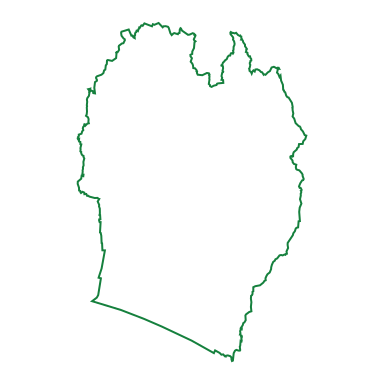 outline of Purworejo, Jawa Tengah, Indonesia
{"feature_id": "22746128B47019757463267", "entity_name": "Purworejo", "entity_type": "district", "adm_level": 2, "iso_a3": "IDN", "parent_name": "Indonesia", "parent_adm1": "Jawa Tengah", "projection": "equal_earth", "projection_center": [109.987, -7.708], "detail": "fine", "context": "isolated", "style": "outline", "palette": "green", "viewbox_px": 384, "rotation_deg": 0, "n_neighbors": 0, "source": "geoboundaries", "source_scale": "gbopen_adm2", "svg_char_len": 5771}
<svg xmlns="http://www.w3.org/2000/svg" viewBox="0 0 384 384"><path d="M92.1,301.2L121.0,310.0L144.3,319.0L161.9,326.6L191.6,340.6L213.9,353.1L215.1,350.4L219.6,352.9L221.4,354.7L223.2,354.4L225.0,356.4L225.7,356.5L225.7,355.8L227.8,355.4L230.3,356.2L231.4,357.4L231.5,359.5L232.0,361.0L232.9,360.6L233.7,353.2L235.0,350.7L236.3,349.9L238.6,350.6L239.9,350.6L240.2,350.1L239.8,346.6L240.2,345.8L240.6,340.9L241.5,341.4L241.7,340.6L241.3,338.0L241.7,337.7L241.9,336.7L241.7,336.0L241.0,336.2L240.4,334.9L240.6,334.5L240.4,333.6L240.2,333.7L240.4,333.0L240.1,331.1L240.7,329.4L241.7,329.5L241.8,328.2L240.9,327.9L242.7,325.3L243.3,323.1L244.4,322.4L245.7,320.2L245.4,315.5L246.0,314.4L249.2,312.0L251.4,311.3L250.9,306.9L251.4,302.2L250.9,298.7L251.1,295.8L252.0,295.1L252.5,294.0L252.5,291.8L253.3,291.3L253.3,287.2L255.3,286.2L260.0,285.3L263.3,282.6L264.5,280.8L265.7,280.3L265.5,278.2L266.5,275.9L267.5,274.2L269.7,272.5L271.1,269.1L271.2,267.3L271.9,264.8L273.2,261.9L274.8,260.7L275.4,259.3L277.2,258.4L279.5,255.4L281.1,255.0L282.7,255.4L284.5,254.5L285.4,254.8L285.8,254.0L286.9,253.7L286.5,251.4L288.1,248.0L287.6,244.9L287.7,242.9L292.9,235.1L293.3,233.3L294.9,231.2L295.7,228.6L296.5,227.8L298.1,227.4L298.6,221.3L299.9,221.1L299.2,211.9L299.7,207.6L301.4,203.6L300.0,199.2L300.8,195.6L300.7,193.6L301.2,192.7L301.2,191.2L300.9,190.8L301.5,190.4L301.6,189.7L300.6,187.9L299.7,187.9L299.0,186.4L300.3,183.2L302.1,180.4L303.2,180.1L303.7,179.0L302.6,175.9L302.6,174.7L302.0,173.5L299.4,170.4L296.8,169.6L296.2,169.0L295.8,167.1L296.3,164.7L293.9,163.9L292.7,162.3L292.5,160.5L290.4,157.9L290.4,156.5L291.2,156.0L292.1,156.6L292.6,155.8L293.1,156.0L293.2,153.7L293.7,152.2L296.8,149.5L297.0,148.3L298.6,147.0L299.0,144.1L302.7,143.9L303.2,141.3L305.3,139.0L306.3,135.6L304.7,135.1L302.9,131.4L301.0,129.3L300.4,127.3L299.7,126.4L298.8,126.2L295.6,123.1L294.2,118.6L292.6,116.5L293.3,113.5L292.6,110.1L292.6,108.2L292.3,107.8L292.7,107.0L291.9,102.8L288.6,97.5L287.4,97.2L286.2,95.6L285.2,92.3L284.2,91.6L284.0,90.4L283.2,89.8L282.9,84.8L281.1,80.6L280.5,75.6L279.5,77.0L278.3,74.0L277.0,72.6L277.8,69.6L278.5,68.7L279.2,68.8L278.7,67.8L277.6,67.7L276.7,68.3L273.9,66.8L271.6,67.5L269.9,71.1L267.9,72.3L265.5,74.8L263.7,74.2L263.5,74.5L262.2,72.3L261.0,72.0L259.4,70.3L257.1,69.3L255.4,69.5L254.7,71.5L253.4,70.4L252.5,71.5L251.7,73.6L251.1,72.2L249.5,70.8L249.5,69.3L249.1,68.8L249.7,67.7L250.3,64.9L249.8,63.9L249.8,62.8L250.4,61.9L250.3,61.1L251.3,60.5L251.2,58.9L250.5,58.1L250.0,56.3L248.8,56.4L247.5,54.2L247.5,52.9L245.9,52.0L246.3,51.2L246.2,49.8L246.9,49.0L245.0,46.2L245.0,44.6L243.3,42.4L242.8,40.6L242.1,39.7L241.2,39.6L241.7,38.6L241.3,38.0L241.3,36.6L240.6,36.4L240.3,35.6L239.7,35.9L238.0,35.0L236.1,32.8L234.8,33.4L232.7,32.8L232.2,33.0L230.8,32.0L230.4,32.5L230.5,34.1L233.0,37.2L233.3,38.2L233.0,39.6L234.1,41.3L234.6,43.8L234.4,45.1L233.6,46.8L233.5,49.9L233.0,50.6L233.5,52.6L232.9,53.6L232.3,53.0L230.8,53.4L230.2,55.5L229.0,55.5L227.8,56.6L226.7,59.2L224.7,60.6L224.5,61.3L223.0,62.6L222.3,64.6L221.4,65.3L221.5,65.7L222.7,65.9L222.9,66.4L223.1,68.3L222.5,70.9L223.2,71.5L223.1,72.1L222.2,72.8L221.5,76.1L222.2,77.9L221.5,79.8L223.1,80.1L223.3,82.9L218.1,83.4L217.1,83.7L216.5,85.0L213.7,85.7L211.6,86.9L210.1,86.2L209.9,84.9L208.8,84.0L209.5,79.4L209.3,78.6L209.5,76.0L209.0,75.1L209.5,74.5L208.9,73.3L206.9,73.0L202.3,75.2L197.7,74.7L196.9,72.9L197.1,71.6L196.5,71.3L196.7,70.4L195.0,68.3L193.3,68.1L193.0,65.4L192.3,63.6L190.7,61.7L191.9,58.2L190.5,56.3L190.4,54.8L192.2,54.0L192.3,51.5L194.0,48.1L194.5,42.2L195.5,41.3L194.2,40.3L193.8,39.3L195.5,35.6L195.2,34.8L194.3,34.9L194.0,33.7L192.7,33.2L189.6,34.6L188.0,34.8L182.0,30.6L181.0,28.5L180.5,28.2L179.8,29.5L179.5,33.0L178.4,33.2L177.9,34.2L174.3,33.1L173.5,33.4L171.7,35.1L170.4,33.2L168.7,27.8L168.0,26.8L165.8,26.2L163.5,26.3L162.7,27.3L158.6,23.0L154.4,24.8L152.9,24.2L152.0,26.3L144.4,23.4L142.7,25.8L141.9,25.3L141.3,25.4L140.2,27.1L139.2,27.4L139.5,28.3L138.5,29.1L138.0,30.9L137.4,30.4L136.6,30.6L136.3,32.1L135.6,32.4L135.1,33.4L135.1,35.2L134.5,35.9L134.7,38.1L133.4,37.4L132.5,35.5L131.4,35.7L128.7,29.5L121.5,31.7L121.1,32.8L121.5,35.7L123.6,38.5L124.7,39.2L124.9,40.1L123.4,43.2L121.9,43.5L119.0,45.7L118.7,46.6L119.1,49.9L117.6,52.2L116.7,52.0L116.1,52.7L116.5,53.4L116.1,58.1L112.1,60.9L107.8,60.0L107.0,60.5L106.8,64.1L105.8,65.4L105.3,69.6L104.1,70.4L103.4,73.1L101.5,74.7L97.0,76.3L96.2,77.1L96.0,77.9L97.0,80.1L96.9,80.8L95.0,82.1L94.3,87.8L95.0,93.4L93.3,93.1L93.1,92.0L93.4,91.6L93.0,91.2L91.0,90.6L90.6,91.0L90.4,89.3L89.7,90.1L89.5,89.8L89.9,88.8L88.2,89.2L89.4,90.8L89.1,92.3L89.4,93.1L88.9,95.9L87.3,98.1L86.9,99.6L87.2,101.8L86.8,105.3L87.1,106.1L86.8,107.2L87.0,111.6L86.7,114.4L86.0,115.8L88.0,117.3L88.6,119.1L88.4,121.9L88.8,123.3L87.4,123.6L85.3,125.7L84.7,124.2L84.3,124.3L84.1,125.8L83.1,127.1L82.8,128.4L83.3,130.1L82.2,131.3L81.5,133.7L78.8,134.6L78.9,135.8L77.9,137.2L78.6,138.2L77.8,138.8L78.1,139.3L79.1,138.9L78.9,141.0L79.2,141.6L80.3,141.9L80.4,144.2L81.3,144.4L80.4,148.2L80.6,149.0L80.4,151.4L81.2,151.9L81.1,152.7L81.7,154.4L82.6,155.5L83.5,155.8L83.7,157.5L84.3,158.4L83.4,161.9L83.6,165.4L82.9,167.2L83.0,168.9L82.6,170.3L82.7,171.8L82.3,174.4L83.5,174.6L83.3,176.2L81.6,175.8L81.2,178.7L77.8,181.6L77.7,183.9L79.0,187.7L79.1,190.5L80.3,191.0L80.5,192.4L81.0,193.0L82.5,191.8L84.3,192.6L84.4,194.2L86.3,194.0L87.2,195.9L88.1,195.7L89.4,196.6L94.7,198.0L97.6,197.9L98.4,198.8L99.2,199.0L97.7,201.5L99.2,204.9L99.0,206.3L99.8,208.6L99.9,213.4L99.5,214.9L100.1,215.0L100.4,219.2L99.2,219.4L99.1,220.5L99.6,222.1L100.6,222.1L100.0,232.5L100.7,232.9L101.3,235.8L101.6,242.9L101.9,242.9L102.1,243.5L102.4,250.3L104.9,250.4L101.6,268.5L98.6,277.7L100.9,278.3L98.2,295.1L96.8,297.6L92.1,301.2Z" fill="none" stroke="#15803d" stroke-width="2"/></svg>